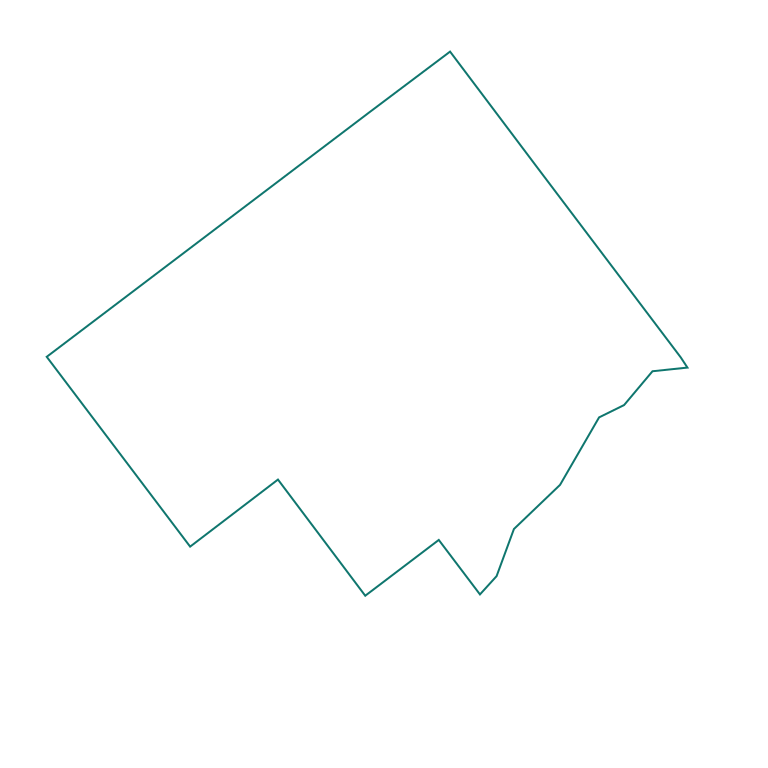 outline of Platte, Nebraska, United States of America, rotated 323°
{"feature_id": "52423323B76377234724165", "entity_name": "Platte", "entity_type": "district", "adm_level": 2, "iso_a3": "USA", "parent_name": "United States of America", "parent_adm1": "Nebraska", "projection": "natural_earth1", "projection_center": [-97.501, 41.538], "detail": "fine", "context": "isolated", "style": "outline", "palette": "teal", "viewbox_px": 768, "rotation_deg": 323, "n_neighbors": 0, "source": "geoboundaries", "source_scale": "gbopen_adm2", "svg_char_len": 382}
<svg xmlns="http://www.w3.org/2000/svg" viewBox="0 0 768 768"><g transform="rotate(323 384 384)"><path d="M131.3,397.2L241.8,396.5L241.6,541.8L333.9,541.5L334.0,609.8L358.3,605.2L400.5,578.0L463.9,570.5L535.7,540.1L563.1,545.3L606.1,535.4L636.2,553.5L637.0,541.4L636.7,301.9L636.8,158.3L535.6,158.2L131.0,159.3L131.3,397.2Z" fill="none" stroke="#0f766e" stroke-width="2"/></g></svg>